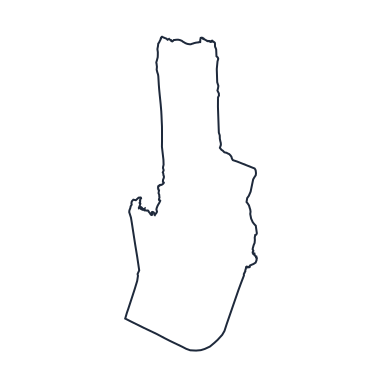 Kota Padangsidimpuan, Sumatera Utara, Indonesia (Equal Earth projection), rotated 201°
{"feature_id": "22746128B81378642761445", "entity_name": "Kota Padangsidimpuan", "entity_type": "district", "adm_level": 2, "iso_a3": "IDN", "parent_name": "Indonesia", "parent_adm1": "Sumatera Utara", "projection": "equal_earth", "projection_center": [99.293, 1.387], "detail": "fine", "context": "isolated", "style": "outline", "palette": "slate", "viewbox_px": 384, "rotation_deg": 201, "n_neighbors": 0, "source": "geoboundaries", "source_scale": "gbopen_adm2", "svg_char_len": 5923}
<svg xmlns="http://www.w3.org/2000/svg" viewBox="0 0 384 384"><g transform="rotate(201 192 192)"><path d="M145.6,44.0L141.2,43.5L136.9,43.6L131.4,45.4L127.1,47.5L123.9,50.0L119.9,54.1L117.1,59.1L115.1,63.1L112.6,69.5L111.9,73.9L112.3,81.6L113.5,117.2L113.6,124.6L113.6,127.6L113.6,132.7L114.2,133.9L114.1,134.5L114.1,135.0L113.9,135.5L114.1,135.8L113.8,137.1L114.1,137.7L114.2,138.0L114.2,139.2L114.6,141.4L114.3,141.9L113.9,141.9L113.6,142.0L113.3,141.7L113.0,142.2L112.7,142.2L112.5,141.9L112.0,142.0L111.3,142.5L111.3,143.1L111.5,143.3L111.6,143.7L111.5,144.2L110.9,144.8L109.6,146.1L109.3,146.3L108.6,147.1L107.3,148.9L107.3,151.5L107.6,152.4L107.6,152.9L107.7,153.4L108.0,153.8L108.3,153.6L108.7,153.7L109.0,154.2L109.0,154.9L110.1,155.0L110.7,155.5L111.0,155.4L111.3,155.7L111.3,156.4L111.6,156.8L112.2,156.0L112.5,156.0L112.9,156.7L113.4,156.8L113.6,157.1L113.5,157.4L113.6,157.7L113.8,157.8L113.8,158.2L113.6,158.6L113.6,159.1L113.8,159.3L114.2,159.6L114.5,160.0L114.9,160.3L115.1,161.4L115.4,164.6L115.3,166.9L116.1,169.7L117.1,171.9L117.5,174.2L117.4,174.2L117.4,174.3L116.7,175.4L116.7,176.1L116.7,176.8L118.0,179.1L120.4,183.4L121.3,183.8L122.7,184.5L124.5,185.6L127.3,188.4L129.8,192.4L129.8,192.6L130.3,194.6L131.4,196.6L131.8,197.0L134.0,199.9L134.3,200.1L135.8,201.2L137.5,202.2L138.3,206.1L137.6,208.7L137.4,213.3L139.4,225.6L139.4,225.8L139.1,227.8L138.5,230.5L139.0,232.5L140.2,234.8L140.5,235.1L140.6,235.3L141.0,235.7L142.0,236.4L160.9,236.6L165.3,236.4L166.7,237.5L167.8,239.0L169.1,239.9L170.8,240.7L172.7,240.8L173.8,241.0L174.4,240.9L175.5,240.7L176.1,240.7L177.8,241.5L178.4,241.7L179.5,241.9L180.1,242.2L181.8,243.2L181.9,246.3L182.7,248.1L183.3,248.9L184.3,250.4L185.1,251.7L186.3,254.6L186.7,255.2L187.3,255.9L188.2,257.0L198.3,280.8L201.2,288.5L201.4,288.8L201.4,288.7L201.5,289.1L201.5,289.5L201.6,290.0L201.4,291.8L201.7,292.4L202.0,293.0L202.1,293.4L202.2,293.6L204.6,295.8L204.9,298.3L205.4,300.5L207.8,303.5L212.9,315.6L213.0,315.9L215.0,323.1L215.2,325.6L215.3,325.8L215.4,326.0L215.7,326.2L216.0,326.7L216.3,326.9L217.8,327.5L220.5,333.7L220.9,334.2L221.7,335.1L222.1,335.4L222.8,336.4L223.2,337.4L223.5,338.3L224.1,339.4L224.6,339.7L225.6,340.0L225.9,339.8L226.2,339.8L226.3,340.1L226.8,340.3L227.1,340.5L227.3,340.3L227.8,340.2L227.9,339.8L227.8,339.3L227.9,339.0L228.3,338.8L228.6,338.7L228.8,339.0L229.1,339.0L229.2,339.3L229.9,339.2L230.3,339.0L231.1,338.8L231.1,338.5L231.4,338.4L231.7,338.4L232.0,338.4L232.1,338.5L234.4,338.9L234.6,338.9L236.1,338.9L236.1,339.2L236.5,339.2L236.5,339.4L236.8,339.4L237.3,339.4L237.4,339.6L237.7,339.5L237.9,339.4L237.9,339.6L238.4,339.5L239.1,339.0L239.0,338.6L239.0,338.4L239.0,338.2L238.8,337.1L238.6,336.5L238.4,335.5L238.2,335.4L238.1,335.0L238.8,334.9L239.0,334.7L239.1,334.3L239.4,334.1L240.4,333.6L240.8,333.4L241.7,332.9L242.2,332.6L242.7,332.2L243.2,331.9L243.8,331.4L244.1,331.1L244.8,330.6L245.3,330.2L245.7,329.8L246.1,329.5L247.1,329.1L248.4,328.8L249.5,328.6L249.9,328.6L250.8,328.6L251.4,328.6L253.7,329.0L254.1,329.0L255.7,329.5L256.0,329.5L257.9,329.5L258.5,329.4L259.1,329.3L259.6,329.2L260.8,328.7L261.8,328.2L262.1,328.0L263.5,327.3L263.8,326.4L264.4,325.5L265.3,325.5L265.4,325.9L265.7,326.1L266.0,326.3L266.3,326.2L267.8,326.4L268.3,326.7L269.4,325.4L270.8,326.0L271.8,326.0L275.4,326.1L275.6,326.2L275.9,326.0L276.0,325.3L276.2,324.9L276.0,324.4L276.2,324.1L276.0,323.6L276.0,322.9L276.1,322.3L276.3,319.9L276.4,319.3L276.7,318.5L276.0,315.8L275.7,314.0L275.5,313.0L274.0,310.3L273.0,307.6L272.3,305.5L271.9,301.8L271.8,300.3L271.5,299.6L271.2,299.3L269.6,296.3L268.8,293.5L267.2,291.2L265.8,289.5L264.9,287.9L261.5,280.4L259.5,276.2L257.0,271.2L252.7,262.7L249.6,256.3L247.9,252.5L244.3,244.2L243.6,242.6L242.1,238.8L238.1,228.4L236.3,223.5L230.2,211.8L228.3,207.3L228.0,205.1L227.7,204.0L226.5,202.5L226.2,201.8L226.3,199.8L225.6,199.2L225.1,198.3L224.6,197.3L224.0,196.8L223.9,196.7L223.4,195.3L223.4,192.9L222.8,191.0L221.9,190.7L221.7,190.7L221.6,190.4L221.9,189.3L222.2,188.9L222.6,188.3L222.9,187.8L223.3,187.7L223.5,187.5L224.0,187.4L224.5,187.1L224.6,186.9L224.5,186.4L225.1,185.6L225.4,185.7L225.6,185.3L225.5,185.0L225.5,184.6L225.2,184.1L225.2,183.6L224.8,183.4L224.4,182.3L223.9,181.9L223.4,181.8L223.0,179.7L222.8,178.9L222.5,178.6L221.9,178.0L221.6,177.6L221.4,177.4L221.2,176.5L220.6,175.7L220.4,175.2L220.3,174.1L220.2,173.2L220.0,172.8L219.7,172.7L219.4,172.9L219.2,172.8L218.5,172.4L218.7,169.7L219.0,168.3L219.2,166.5L219.2,164.2L219.0,163.0L217.6,161.0L217.8,159.4L218.0,159.2L218.3,157.6L218.4,157.1L218.9,157.3L219.1,157.8L219.9,158.8L220.4,159.2L220.9,159.3L221.6,159.3L221.8,159.1L222.1,159.0L222.1,158.6L221.2,156.9L221.1,156.5L221.2,156.2L221.5,156.0L221.9,156.0L222.8,156.4L224.0,157.5L224.3,157.5L225.6,158.2L225.8,158.6L226.3,158.9L226.9,158.8L227.2,158.7L227.6,158.4L228.7,158.2L229.3,158.3L229.3,158.0L229.8,157.8L230.2,157.9L230.3,158.1L230.2,159.1L230.3,159.6L231.0,158.9L231.7,158.0L231.8,157.7L232.0,157.6L232.4,157.9L232.7,158.3L232.7,158.9L232.9,159.1L233.2,158.9L233.3,158.3L233.6,157.9L233.9,157.9L234.1,158.4L233.8,159.1L233.7,159.5L234.5,159.7L235.1,159.6L235.3,159.1L235.4,158.5L235.6,158.1L235.8,157.9L236.0,158.3L235.9,159.5L235.9,160.7L236.0,162.5L236.8,162.8L237.0,163.0L237.1,163.4L237.0,163.7L236.8,164.0L236.9,164.3L237.2,165.0L237.3,165.4L237.6,165.6L237.6,165.9L237.5,166.1L237.5,166.6L237.6,166.9L237.6,167.2L237.7,167.4L237.7,167.8L237.8,168.0L237.5,168.1L237.7,168.4L238.2,168.4L239.8,167.6L241.5,164.2L244.0,163.8L244.7,162.1L244.8,161.3L244.5,159.7L244.3,159.4L243.9,158.9L243.8,158.3L244.0,157.6L244.1,157.0L244.1,156.2L243.9,155.3L243.8,154.1L243.9,153.6L243.8,152.2L243.4,150.7L239.8,146.2L237.4,142.1L231.1,131.1L226.4,122.9L219.9,111.8L213.2,99.9L213.4,95.9L212.4,94.4L211.3,89.3L210.7,81.0L210.3,73.4L209.6,59.6L209.5,56.0L209.0,49.9L202.4,49.2L188.3,47.9L174.1,46.8L165.1,45.7L159.3,45.1L145.6,44.0Z" fill="none" stroke="#1e293b" stroke-width="2"/></g></svg>